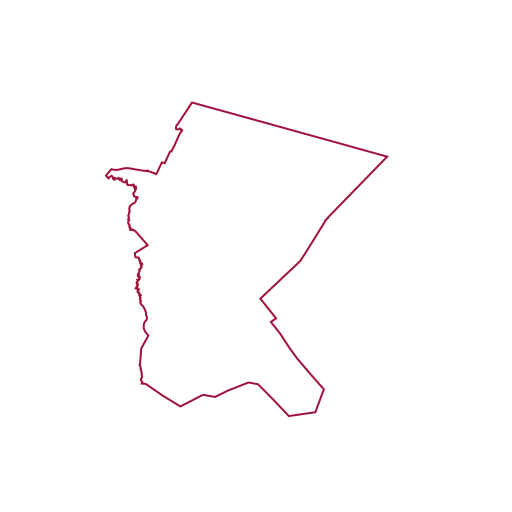 outline of Aa en Hunze, Drenthe, Netherlands, rotated 329°
{"feature_id": "6326949B44247735625274", "entity_name": "Aa en Hunze", "entity_type": "district", "adm_level": 2, "iso_a3": "NLD", "parent_name": "Netherlands", "parent_adm1": "Drenthe", "projection": "orthographic", "projection_center": [6.676, 52.981], "detail": "fine", "context": "isolated", "style": "outline", "palette": "rose", "viewbox_px": 512, "rotation_deg": 329, "n_neighbors": 0, "source": "geoboundaries", "source_scale": "gbopen_adm2", "svg_char_len": 5909}
<svg xmlns="http://www.w3.org/2000/svg" viewBox="0 0 512 512"><g transform="rotate(329 256 256)"><path d="M354.4,169.6L280.2,91.5L276.2,93.3L276.3,93.4L256.1,103.0L255.8,103.0L255.5,102.9L253.8,104.3L253.2,105.5L252.9,106.1L253.2,106.6L255.4,107.8L255.9,107.7L256.2,107.5L256.5,107.5L256.7,107.8L256.9,108.7L257.2,109.0L257.3,109.5L257.4,110.1L257.2,110.5L256.9,110.6L256.4,110.3L256.2,110.3L255.8,110.8L255.6,111.1L255.0,111.3L253.5,112.0L252.3,112.9L251.6,113.2L242.9,119.4L241.9,120.0L241.8,119.9L237.3,122.8L236.3,122.1L225.5,129.4L223.5,127.3L212.7,134.5L211.2,132.3L211.0,132.1L210.9,132.2L209.0,129.6L207.7,128.2L207.0,126.9L206.6,127.2L206.4,127.1L202.9,124.5L192.2,115.3L190.2,113.9L187.9,112.9L181.9,110.9L179.8,109.8L178.4,108.7L176.7,107.1L168.9,109.8L169.0,111.0L169.4,112.3L169.3,113.1L169.6,113.6L169.8,113.6L170.5,113.1L171.0,112.9L171.8,112.9L173.3,112.8L173.5,112.9L173.8,113.7L173.8,114.0L173.8,114.8L174.1,115.7L173.8,116.0L173.3,116.1L173.3,116.4L173.5,117.1L173.8,117.5L174.3,117.7L174.5,117.5L174.6,117.1L174.5,116.0L174.6,115.8L175.0,116.1L175.2,116.6L175.6,117.2L176.6,118.1L177.1,118.3L178.4,118.2L178.6,118.7L178.6,119.0L178.5,119.3L178.1,119.8L178.1,120.0L178.5,120.7L178.7,121.1L179.6,121.2L179.9,120.6L180.3,120.1L180.5,120.2L180.6,120.3L180.5,120.6L180.4,121.4L179.7,122.8L179.8,123.2L180.3,123.9L180.5,124.4L181.5,125.5L181.8,125.5L182.9,125.2L183.2,125.0L183.7,124.4L184.0,124.3L184.2,124.6L184.1,125.0L183.9,125.4L183.1,126.3L183.0,127.6L182.4,128.5L182.5,128.8L183.3,129.8L184.6,130.3L186.2,131.7L186.5,131.7L187.3,131.3L187.5,131.4L187.8,132.4L187.6,133.2L186.8,133.9L187.0,135.0L187.2,135.3L187.5,135.2L187.7,134.9L187.7,134.6L187.9,134.4L188.6,134.5L188.8,134.7L188.8,135.0L188.6,135.4L188.0,135.7L186.9,136.0L186.9,136.3L187.2,136.6L187.4,137.0L186.9,137.3L186.2,137.1L185.9,137.3L185.6,138.1L185.4,138.3L184.5,138.7L183.6,138.7L182.6,139.8L182.5,140.0L182.7,140.3L182.8,140.6L182.3,141.6L182.3,142.1L182.9,143.0L183.3,143.6L183.8,143.7L184.7,144.5L184.6,145.0L184.3,145.3L184.0,145.6L183.7,145.7L182.6,145.5L182.1,146.2L181.3,146.9L180.4,147.6L179.9,147.8L178.5,147.9L176.7,147.7L173.4,148.4L173.2,148.5L172.8,149.2L172.0,149.9L171.2,151.2L170.9,152.0L170.9,152.6L170.3,153.0L169.5,153.4L169.0,154.4L168.5,154.9L167.5,155.3L167.1,156.0L167.0,157.4L166.9,157.7L166.6,157.9L166.0,158.1L165.2,158.9L165.1,159.2L165.2,159.3L165.7,159.5L165.9,159.7L165.9,159.9L165.9,160.0L165.0,160.0L164.8,160.2L164.1,160.9L163.8,161.5L163.2,162.4L163.2,162.6L163.2,162.9L163.5,163.4L163.2,164.3L163.5,164.6L163.3,164.9L162.4,165.8L162.6,166.6L163.1,167.1L163.1,167.3L162.9,167.5L162.7,167.4L162.5,167.1L162.4,167.1L162.2,167.5L162.3,167.7L162.3,167.9L161.8,168.1L161.6,168.3L161.6,168.5L162.0,169.2L162.5,169.5L164.1,169.9L164.2,170.1L164.0,170.3L163.9,170.4L164.1,170.9L164.7,171.5L165.2,171.9L165.7,174.3L167.5,184.3L168.7,190.9L156.6,191.1L153.5,191.2L153.5,191.4L153.5,191.6L152.9,192.5L152.5,194.1L152.1,194.8L152.3,195.4L152.8,195.6L153.3,196.0L153.9,196.3L154.7,197.1L154.3,198.0L154.1,199.0L154.2,199.3L154.4,199.5L153.6,200.6L154.1,201.0L154.0,201.4L153.7,202.1L153.1,202.4L153.0,202.5L153.1,203.0L153.3,203.3L153.7,203.3L154.0,203.1L154.4,203.9L154.4,204.3L154.1,204.4L153.6,204.1L153.0,204.1L152.7,204.3L152.5,204.7L152.5,205.0L152.7,205.5L152.2,205.8L152.2,206.6L151.1,206.9L150.5,207.4L149.6,207.3L148.8,207.5L149.0,208.1L149.1,208.3L148.9,208.6L147.6,209.4L147.1,210.1L146.5,210.2L146.1,210.6L145.7,210.7L145.6,211.1L145.4,211.4L144.8,211.5L144.6,212.0L145.2,212.0L145.3,211.7L145.7,211.9L145.4,212.3L145.4,212.6L145.0,212.5L144.9,212.6L145.5,213.6L145.5,213.8L145.4,214.1L145.5,214.3L144.7,214.9L144.6,215.1L144.3,215.5L144.3,215.8L144.2,215.8L143.8,215.7L143.5,216.0L143.2,215.6L143.2,215.4L142.5,216.0L142.4,215.9L142.3,215.6L142.1,215.5L142.1,216.2L140.7,216.8L140.1,217.2L140.5,217.8L139.8,218.2L139.9,218.9L139.5,218.9L139.4,219.6L139.4,219.8L140.0,219.8L139.9,220.1L139.5,220.3L138.5,220.4L138.4,220.5L138.4,221.2L138.3,221.5L137.9,221.7L137.7,222.0L136.9,221.7L136.9,221.4L136.2,221.7L136.1,221.8L136.3,222.0L137.1,222.2L137.8,222.8L137.8,223.0L137.5,223.2L137.8,223.4L137.9,223.6L138.4,224.2L138.1,224.3L137.8,224.1L137.2,224.8L137.0,225.5L136.9,225.6L136.7,225.7L136.4,225.5L136.2,225.5L136.3,226.0L136.8,226.5L136.7,227.0L136.4,226.8L136.1,226.9L136.1,227.1L136.2,227.3L136.8,227.7L136.9,227.8L136.8,228.2L136.4,228.6L136.2,229.2L135.9,229.2L135.7,229.6L136.0,229.8L136.4,229.7L136.9,229.9L137.1,230.1L137.1,230.3L137.0,230.5L135.8,230.2L135.6,230.3L135.5,231.1L135.3,231.6L135.4,232.0L134.9,232.3L134.7,232.6L134.7,232.9L135.0,233.0L134.8,233.4L134.2,233.5L134.1,234.1L134.3,234.6L134.3,234.8L133.5,235.9L133.1,235.8L132.7,236.9L132.7,237.6L132.7,238.8L133.2,240.7L133.3,241.3L133.4,241.8L133.2,243.7L133.2,244.4L133.0,244.8L132.8,246.7L132.7,247.3L132.3,248.2L131.5,249.5L131.3,250.0L131.2,251.4L131.1,252.0L130.7,252.8L130.3,253.3L129.8,253.9L129.1,254.4L126.6,255.3L125.5,256.0L124.7,256.8L124.3,257.3L123.4,258.6L122.8,259.6L122.3,261.5L122.2,262.6L122.1,263.9L122.3,265.9L122.8,268.5L122.7,268.6L122.7,268.8L109.8,276.3L104.7,283.7L102.6,286.5L101.0,289.0L100.7,289.0L100.3,289.2L100.3,289.6L100.0,289.9L99.8,290.3L100.0,290.8L100.0,291.1L100.0,291.4L99.9,291.6L99.3,293.0L99.1,293.0L98.8,294.0L98.6,294.4L98.6,294.6L98.6,295.0L98.3,295.8L98.2,296.1L98.0,296.3L97.8,297.1L97.6,297.3L97.6,297.9L97.0,298.7L96.9,299.2L96.7,299.5L95.9,301.2L95.7,301.3L95.5,301.2L93.6,302.6L93.5,302.9L93.5,304.7L93.6,305.8L92.4,306.5L95.6,308.9L104.4,328.2L113.7,346.0L139.1,347.7L148.3,355.7L162.6,356.9L184.5,360.6L191.7,367.0L196.9,388.4L201.7,410.1L226.4,420.5L245.5,405.2L241.9,385.6L238.4,364.3L237.3,351.2L236.7,334.5L234.8,320.2L241.1,319.8L237.8,294.8L291.2,283.1L300.5,278.6L333.6,261.6L334.0,261.4L334.0,261.1L335.1,260.8L335.1,261.0L336.7,260.4L337.4,260.2L337.5,260.3L337.7,260.0L419.6,238.4L354.4,169.6Z" fill="none" stroke="#9f1239" stroke-width="2"/></g></svg>